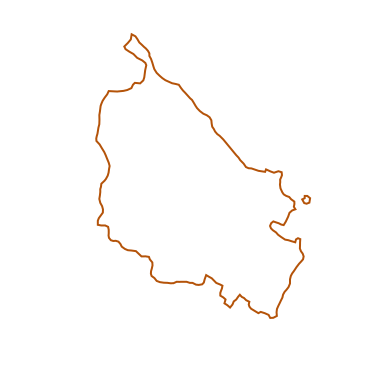 the district of São Luís, Maranhão, Brazil, rotated 126°
{"feature_id": "56859067B1800832829345", "entity_name": "São Luís", "entity_type": "district", "adm_level": 2, "iso_a3": "BRA", "parent_name": "Brazil", "parent_adm1": "Maranhão", "projection": "natural_earth1", "projection_center": [-44.287, -2.635], "detail": "fine", "context": "isolated", "style": "outline", "palette": "amber", "viewbox_px": 384, "rotation_deg": 126, "n_neighbors": 0, "source": "geoboundaries", "source_scale": "gbopen_adm2", "svg_char_len": 3373}
<svg xmlns="http://www.w3.org/2000/svg" viewBox="0 0 384 384"><g transform="rotate(126 192 192)"><path d="M195.0,305.5L198.5,303.7L200.5,302.7L202.8,301.9L205.0,300.9L206.9,299.3L207.8,294.7L209.4,291.0L211.3,286.4L213.0,283.4L214.4,281.2L217.3,276.5L219.4,273.9L222.2,272.6L225.3,270.9L228.3,269.8L232.1,269.3L234.4,269.4L238.6,270.2L241.3,268.7L243.6,267.9L245.9,266.2L248.9,264.5L252.1,262.9L254.7,259.8L256.3,256.4L258.4,253.8L261.1,252.0L265.1,252.0L267.9,252.0L270.6,251.3L273.9,248.9L272.4,245.7L270.1,242.5L269.5,239.4L271.5,237.2L274.2,235.2L276.3,233.9L277.9,232.2L278.7,229.3L277.9,226.9L276.3,225.0L275.4,222.3L276.1,219.4L277.5,216.7L277.5,212.8L276.8,209.7L275.0,206.7L272.8,202.6L273.8,195.0L271.4,191.8L269.8,188.7L271.3,186.5L272.3,182.7L274.6,180.8L277.6,179.5L280.1,178.6L282.3,177.2L283.7,175.3L283.7,171.9L284.7,168.3L283.8,165.0L281.9,161.4L280.0,158.6L278.5,155.8L276.7,153.4L273.6,151.6L272.2,149.5L270.5,147.3L267.8,143.5L266.8,140.4L265.2,138.1L264.6,134.3L263.2,131.9L260.7,129.5L258.3,129.2L255.3,130.4L250.9,131.7L250.6,128.5L250.2,125.3L251.3,118.9L250.3,114.8L249.9,112.3L252.4,111.1L254.7,110.5L257.0,109.8L259.2,108.2L258.9,104.8L259.2,101.7L263.0,100.3L262.8,96.9L263.1,93.3L259.2,93.1L256.0,93.9L253.0,93.0L249.6,93.1L247.0,92.9L247.6,90.1L247.2,87.6L247.7,84.6L247.1,81.1L249.6,80.0L251.0,78.2L251.7,75.6L251.0,67.1L248.6,65.9L247.3,62.0L246.4,57.8L247.9,54.7L246.0,52.3L242.4,50.5L239.6,52.9L236.7,54.5L233.5,55.2L230.0,55.8L227.4,56.3L224.3,56.8L221.5,58.0L218.3,58.4L215.6,58.1L212.3,58.0L208.5,58.9L205.0,61.4L201.8,62.7L199.1,63.1L195.6,63.1L191.4,63.3L187.1,63.2L183.9,62.8L181.2,62.6L178.5,63.8L176.8,66.2L175.9,69.0L174.3,71.5L171.9,73.1L169.2,75.0L166.5,76.7L167.1,79.1L169.3,80.0L172.0,78.9L173.2,82.2L174.4,85.8L175.8,88.7L176.0,93.3L176.0,97.2L175.3,100.3L175.4,104.1L175.0,106.7L173.6,108.9L170.7,109.6L168.0,108.9L167.1,105.9L166.3,103.5L165.9,100.7L164.9,98.4L160.9,98.7L155.5,99.7L151.5,100.9L148.0,100.1L145.2,98.2L144.1,100.9L141.5,102.1L139.6,103.6L139.6,107.6L138.9,110.4L139.8,113.6L140.0,116.4L139.2,118.7L137.0,122.6L134.3,125.2L132.2,126.4L130.1,128.0L127.7,128.5L125.5,129.1L123.3,131.1L124.4,134.3L128.2,137.0L129.2,140.5L130.2,145.4L132.7,144.7L134.1,147.4L135.8,150.7L138.0,157.8L139.5,160.2L140.1,163.0L138.7,166.9L137.9,171.7L136.8,174.6L136.2,177.9L131.1,197.6L130.3,202.7L130.3,205.6L129.5,208.9L128.2,211.4L127.3,214.0L125.2,216.2L122.6,218.5L121.2,221.7L121.2,225.1L122.0,228.8L121.9,233.2L121.2,237.1L120.2,239.8L118.7,243.2L117.5,246.1L117.3,248.6L116.5,252.3L115.7,256.1L115.2,259.0L114.3,262.1L113.0,265.7L114.2,268.7L115.7,272.0L117.2,279.2L117.3,282.9L117.0,286.4L116.4,290.6L114.8,294.6L113.4,296.6L110.7,300.1L108.4,303.4L107.0,306.4L104.9,308.0L103.7,310.6L103.0,313.7L102.8,316.3L102.4,319.0L102.0,322.5L100.4,326.1L99.3,329.3L99.9,333.5L104.5,331.2L109.2,331.5L114.1,332.3L115.5,329.7L115.3,325.1L114.8,320.5L115.7,315.2L114.8,309.6L115.0,305.6L116.3,303.5L120.9,301.5L125.1,299.2L127.3,298.0L130.3,297.0L134.6,297.8L137.3,302.4L139.9,302.8L143.6,302.1L147.5,304.3L150.4,306.8L154.7,311.6L157.3,315.6L159.3,318.7L162.8,318.0L166.9,318.1L170.7,317.9L173.8,317.2L176.1,316.5L181.2,313.7L184.2,312.2L188.0,309.3L191.7,306.8L195.0,305.5ZM135.0,94.7L134.1,92.4L131.6,90.8L127.6,92.8L127.4,96.4L128.9,98.5L130.8,97.2L133.2,98.5L135.0,94.7Z" fill="none" stroke="#b45309" stroke-width="2"/></g></svg>